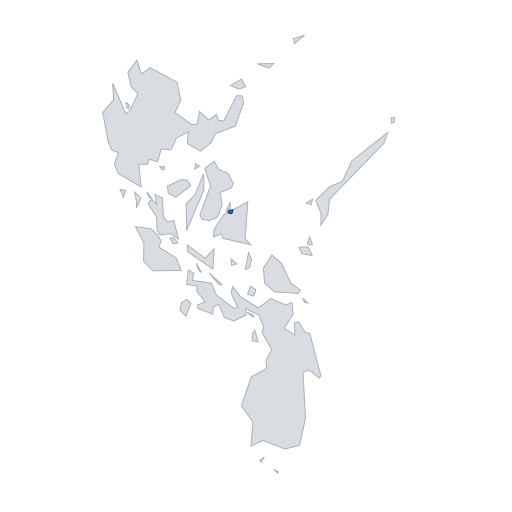 location of Iloilo within Philippines, rotated 177°
{"feature_id": "PHL-5526", "entity_name": "Iloilo", "entity_type": "Highly Urbanized City", "adm_level": 1, "iso_a3": "PHL", "parent_name": "Philippines", "parent_adm1": "", "projection": "albers", "projection_center": [122.575, 10.743], "detail": "fine", "context": "in_parent", "style": "filled", "palette": "blue", "viewbox_px": 512, "rotation_deg": 177, "n_neighbors": 0, "source": "natural_earth", "source_scale": "10m", "svg_char_len": 4010}
<svg xmlns="http://www.w3.org/2000/svg" viewBox="0 0 512 512"><g transform="rotate(177 256 256)"><path d="M237.0,61.7L258.7,71.4L271.0,66.5L267.7,90.6L278.4,106.9L267.1,135.5L251.2,143.1L251.5,151.1L245.1,161.6L254.0,179.5L252.0,184.2L256.1,196.8L269.3,204.1L268.9,197.5L281.6,192.3L290.7,196.3L295.7,209.6L301.5,207.0L302.2,200.1L316.9,206.9L316.6,210.4L309.0,212.7L317.1,224.2L316.1,229.0L326.7,231.3L324.3,245.6L318.9,241.9L321.0,235.0L302.0,231.1L297.6,219.0L280.7,204.8L276.9,205.4L282.8,220.4L280.8,226.6L274.2,216.6L256.4,203.9L243.5,212.6L228.6,205.4L222.5,207.8L222.0,196.1L231.7,182.2L221.2,175.0L221.2,187.1L216.8,188.0L211.3,177.6L206.3,175.8L197.5,133.0L199.3,130.8L208.9,139.4L215.1,137.5L215.1,91.1L222.3,64.9L237.0,61.7ZM367.2,331.1L389.1,345.5L392.6,355.4L387.8,366.3L394.6,369.6L397.6,378.2L401.6,407.2L390.0,419.4L390.1,436.0L378.6,404.9L374.6,407.1L365.4,424.6L371.8,431.4L374.3,446.2L364.6,457.9L361.0,443.6L351.8,449.6L325.8,433.6L322.9,415.7L329.6,403.4L313.1,390.6L307.9,390.9L304.8,403.1L295.9,394.2L288.2,399.5L286.6,393.6L281.3,392.3L266.9,417.1L261.5,416.5L260.3,409.5L270.0,386.8L290.2,380.3L294.5,371.9L306.0,363.6L318.6,371.8L317.1,383.5L329.2,378.0L335.4,366.6L345.2,367.7L349.3,355.2L357.5,358.3L359.6,353.4L368.3,353.7L367.2,331.1ZM302.5,346.2L292.7,352.8L288.9,344.8L279.7,339.9L274.8,329.5L277.0,325.2L288.5,321.4L287.3,308.7L292.3,297.0L300.5,293.7L308.1,295.8L309.8,300.2L297.7,328.2L302.5,346.2ZM359.5,246.6L368.5,256.7L367.3,275.0L374.8,291.5L359.7,288.8L353.7,282.8L350.1,276.2L352.4,269.9L335.9,258.2L331.4,245.5L359.5,246.6ZM260.4,267.4L287.9,275.3L289.6,280.1L297.5,277.2L296.4,284.8L285.9,298.9L261.4,310.5L266.0,273.9L260.4,267.4ZM155.3,345.9L118.1,372.5L122.3,362.0L179.5,309.0L182.1,293.8L189.6,283.5L188.7,294.5L193.4,308.4L178.4,321.6L166.0,325.9L155.3,345.9ZM215.5,216.5L239.3,219.2L248.8,228.4L249.2,243.5L240.1,256.2L230.8,247.3L222.8,227.2L213.6,219.7L215.5,216.5ZM339.9,282.9L350.6,281.9L353.5,286.8L353.2,299.8L361.0,314.3L357.2,318.0L352.5,312.6L353.8,322.8L346.4,318.7L346.4,300.0L342.7,294.5L336.2,295.7L332.6,277.0L339.9,282.9ZM304.0,340.8L304.5,325.0L323.9,285.1L323.0,311.8L313.9,320.1L304.0,340.8ZM340.8,330.4L326.7,336.2L321.0,335.5L317.5,329.6L333.0,319.0L340.3,323.1L340.8,330.4ZM299.8,245.2L323.9,263.9L324.0,270.5L306.9,256.4L297.5,265.3L299.8,245.2ZM332.9,213.1L327.6,216.2L323.6,212.2L329.0,199.5L334.8,205.8L332.9,213.1ZM272.4,427.7L261.3,433.4L257.5,425.8L264.4,423.5L272.4,427.7ZM199.8,253.5L210.0,256.0L212.6,262.4L203.5,262.4L199.8,253.5ZM260.5,216.0L266.4,218.4L263.1,226.2L257.9,222.4L260.5,216.0ZM233.3,443.0L244.6,447.8L228.3,447.3L233.3,443.0ZM373.8,326.2L367.8,320.0L372.9,310.2L372.4,316.1L373.8,326.2ZM267.3,243.1L263.3,259.8L260.6,252.9L263.0,244.7L267.3,243.1ZM206.5,466.1L207.3,471.0L195.9,474.0L206.5,466.1ZM264.1,171.4L263.7,178.8L261.1,182.0L258.3,170.3L264.1,171.4ZM283.9,301.5L279.0,311.1L279.0,305.5L283.9,301.5ZM204.2,265.2L201.4,272.1L199.0,264.1L204.2,265.2ZM340.9,278.3L337.2,278.5L333.5,273.1L338.0,272.4L340.9,278.3ZM280.9,248.0L280.9,254.3L275.5,249.1L280.9,248.0ZM388.3,329.5L382.9,328.4L385.3,321.7L388.3,329.5ZM294.0,229.0L303.7,241.6L291.5,229.2L294.0,229.0ZM203.0,306.3L196.5,309.8L198.4,304.2L203.0,306.3ZM312.6,346.0L311.4,351.4L307.8,348.7L312.6,346.0ZM313.9,244.3L316.0,251.8L311.3,242.4L313.9,244.3ZM113.7,387.2L110.4,386.8L111.2,382.0L113.7,381.5L113.7,387.2ZM347.4,350.0L343.1,350.3L342.7,347.5L345.2,346.9L347.4,350.0ZM377.6,416.2L374.4,412.9L375.4,409.4L377.5,411.1L377.6,416.2ZM209.9,207.2L211.7,211.4L206.7,206.5L209.9,207.2ZM359.9,320.2L361.7,325.8L357.0,319.0L359.9,320.2ZM262.9,51.5L258.2,54.9L261.6,49.8L262.9,51.5ZM268.2,200.5L261.7,197.2L261.8,195.0L268.2,200.5ZM245.6,38.0L249.6,41.9L245.1,39.3L245.6,38.0Z" fill="#d9dde1" stroke="#a8b0b8" stroke-width="1"/><path d="M281.3,300.8L281.1,301.0L280.9,301.4L280.9,301.5L281.0,301.7L281.0,301.9L280.7,302.1L280.5,302.7L279.2,303.0L277.0,303.1L277.5,300.5L278.8,299.7L281.3,300.8Z" fill="#3b82f6" stroke="#1e3a8a" stroke-width="1.5"/></g></svg>